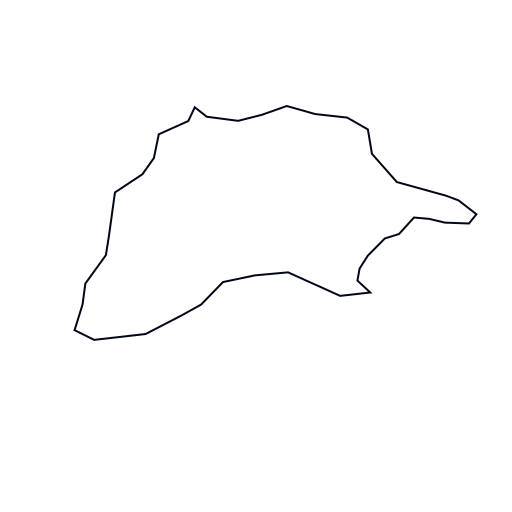 Nikokleia, Paphos, Cyprus, rotated 217°
{"feature_id": "46923920B61795442963217", "entity_name": "Nikokleia", "entity_type": "district", "adm_level": 2, "iso_a3": "CYP", "parent_name": "Cyprus", "parent_adm1": "Paphos", "projection": "natural_earth1", "projection_center": [32.57, 34.731], "detail": "fine", "context": "isolated", "style": "outline", "palette": "ink", "viewbox_px": 512, "rotation_deg": 217, "n_neighbors": 0, "source": "geoboundaries", "source_scale": "gbopen_adm2", "svg_char_len": 691}
<svg xmlns="http://www.w3.org/2000/svg" viewBox="0 0 512 512"><g transform="rotate(217 256 256)"><path d="M105.1,422.0L127.7,422.3L140.6,418.5L188.0,399.8L224.9,407.4L242.8,424.4L266.5,421.4L294.3,404.9L321.7,394.3L336.3,372.3L351.6,353.2L379.1,337.6L394.4,337.9L391.3,323.1L406.9,294.7L396.5,272.8L395.9,253.0L406.9,221.9L385.5,183.5L376.4,166.3L375.7,131.3L365.3,112.8L358.9,95.0L356.3,87.6L334.8,91.6L297.2,127.3L279.7,163.7L270.6,184.2L266.7,215.3L245.3,239.8L220.6,262.2L164.8,274.8L142.8,295.6L160.2,297.4L165.7,308.3L166.9,323.6L166.1,329.5L163.7,347.5L155.0,359.6L153.0,381.8L140.0,389.9L125.3,396.3L105.5,410.1L105.1,422.0Z" fill="none" stroke="#020617" stroke-width="2"/></g></svg>